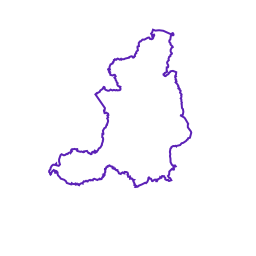 the district of Presidente Figueiredo, Amazonas, Brazil, rotated 236°
{"feature_id": "56859067B39852544497118", "entity_name": "Presidente Figueiredo", "entity_type": "district", "adm_level": 2, "iso_a3": "BRA", "parent_name": "Brazil", "parent_adm1": "Amazonas", "projection": "albers", "projection_center": [-60.113, -1.221], "detail": "fine", "context": "isolated", "style": "outline", "palette": "violet", "viewbox_px": 256, "rotation_deg": 236, "n_neighbors": 0, "source": "geoboundaries", "source_scale": "gbopen_adm2", "svg_char_len": 5891}
<svg xmlns="http://www.w3.org/2000/svg" viewBox="0 0 256 256"><g transform="rotate(236 128 128)"><path d="M195.5,203.7L193.7,201.4L193.3,199.9L192.0,199.9L191.3,200.5L190.9,201.8L190.3,201.7L189.6,200.6L190.9,200.0L190.8,199.5L189.8,199.0L188.5,199.0L188.2,198.3L188.4,197.2L189.7,196.0L191.0,196.2L191.4,195.8L191.8,194.7L192.1,191.1L193.2,189.4L192.7,186.9L193.1,186.2L192.4,184.4L189.7,182.8L190.2,181.5L189.7,181.0L186.8,179.6L186.7,178.0L186.0,176.8L185.4,176.7L185.3,175.5L184.4,174.2L183.7,174.0L183.8,173.2L183.3,172.7L183.3,171.9L183.6,171.5L185.1,171.4L185.6,170.9L186.1,168.7L185.7,168.2L187.1,164.6L187.3,163.1L188.4,161.5L188.4,160.7L189.3,160.8L189.3,159.4L191.3,158.3L191.4,157.3L191.1,156.6L192.2,155.7L191.8,155.3L192.2,154.4L191.6,154.1L191.2,152.7L190.6,152.5L190.6,151.6L190.1,151.3L190.5,149.1L189.1,147.0L188.0,146.1L186.9,145.8L187.9,144.7L187.6,144.2L184.6,144.4L184.8,143.6L182.5,143.5L181.9,143.1L180.1,144.7L179.9,146.2L179.4,146.8L177.7,146.7L177.3,144.9L175.5,145.1L174.8,144.6L173.2,144.6L171.9,144.1L170.9,144.5L169.9,143.3L168.4,143.3L166.5,144.7L166.1,143.9L165.2,144.0L164.1,143.2L164.0,142.3L165.2,140.1L165.9,139.8L166.2,138.7L167.5,137.6L167.8,136.2L169.6,135.0L169.5,133.4L170.1,132.2L172.3,130.7L174.0,130.7L174.4,131.2L175.1,131.3L175.6,130.9L175.4,130.1L174.6,129.1L174.6,126.0L173.8,124.7L174.1,122.7L173.9,122.0L174.4,121.7L174.1,119.8L157.4,120.0L155.9,118.6L156.1,118.0L155.8,117.7L153.4,116.9L153.1,117.3L153.1,118.4L151.0,119.5L149.7,119.0L149.9,117.9L148.0,117.5L148.0,116.9L147.5,116.1L147.1,116.3L144.9,115.4L143.6,113.9L143.4,113.3L142.3,112.4L142.5,111.9L140.9,109.8L141.1,108.4L139.8,105.7L136.8,104.3L136.7,103.6L137.2,103.3L134.8,101.5L133.6,101.7L132.1,100.8L131.8,100.2L131.0,99.7L129.2,97.2L128.6,97.0L127.2,94.0L127.4,92.4L126.3,90.5L126.2,89.3L125.7,88.9L125.8,87.0L126.3,87.1L127.2,88.0L127.8,87.8L127.0,86.0L127.7,85.8L128.0,85.3L128.0,84.7L126.8,83.2L127.0,82.6L127.5,82.3L128.7,82.1L129.0,81.5L129.5,81.2L131.9,81.2L133.2,78.4L132.7,78.1L132.9,77.4L134.7,76.1L134.9,75.2L137.3,73.1L138.0,73.2L138.2,73.8L138.9,74.1L139.8,72.5L140.5,72.1L141.2,70.3L141.7,69.9L141.7,69.0L141.3,68.3L140.1,68.5L139.5,66.7L140.1,66.9L140.6,64.5L140.2,63.7L140.4,62.8L140.9,62.5L140.8,60.8L141.2,59.6L143.4,58.2L143.2,56.9L140.6,53.4L138.7,52.1L135.8,51.2L135.4,49.4L137.3,47.7L138.6,48.5L138.3,46.7L139.4,45.5L139.3,43.7L138.2,41.5L137.3,40.8L136.6,38.8L135.6,38.0L134.4,38.3L133.4,37.7L132.7,37.7L132.8,38.4L133.7,39.3L134.6,41.5L134.3,42.1L134.7,42.9L134.2,43.2L133.1,43.2L131.6,42.6L131.3,43.1L133.0,44.0L132.3,44.6L130.6,44.8L129.2,43.9L127.9,43.5L125.0,44.0L123.7,43.9L120.8,46.1L118.6,46.8L116.7,46.5L113.2,49.2L112.9,49.6L113.7,50.5L112.4,51.1L111.1,52.6L111.3,53.1L110.3,53.1L110.4,54.4L109.7,54.3L109.3,55.4L108.6,55.7L108.2,55.3L107.9,55.5L108.4,56.5L108.3,58.3L108.0,59.0L107.3,59.4L107.9,59.9L108.5,61.5L107.8,62.1L107.7,63.7L106.4,64.3L106.2,64.7L106.6,65.4L106.2,67.5L105.4,67.8L105.3,68.4L104.3,69.6L104.9,70.4L104.8,71.6L102.0,73.5L102.0,74.6L101.5,75.5L101.8,76.0L101.0,76.4L100.5,77.4L101.0,77.8L101.3,79.9L102.0,80.0L102.5,81.2L101.8,81.5L102.1,82.4L102.5,82.6L103.2,82.2L103.1,82.7L104.3,84.7L104.9,84.8L106.0,85.9L106.5,85.7L107.0,86.1L106.7,87.0L107.6,88.1L107.2,89.4L107.8,89.8L107.3,91.8L106.5,91.8L104.7,93.4L104.0,93.0L103.5,93.7L102.9,92.9L102.1,93.5L101.9,94.5L101.5,94.5L101.2,94.1L99.7,94.6L99.6,95.1L99.0,95.7L98.4,95.3L96.9,95.5L95.5,95.1L93.9,96.3L94.3,97.1L94.2,98.6L93.2,98.9L92.4,99.6L93.3,100.1L93.5,100.6L92.3,102.1L91.2,102.7L89.6,102.2L89.6,101.5L87.4,100.9L86.8,102.5L85.1,101.5L85.1,102.3L84.2,102.2L83.8,103.0L82.8,103.0L81.6,104.0L81.5,102.9L80.4,102.5L79.5,102.7L78.3,102.0L76.8,102.5L77.4,102.1L77.1,101.5L76.4,102.0L75.9,101.7L75.4,102.4L74.6,101.9L73.9,103.2L74.2,104.6L73.5,107.7L73.0,111.7L72.2,112.1L72.5,113.8L73.8,115.8L75.2,117.0L75.3,117.7L73.8,117.8L73.4,118.5L72.8,118.7L70.6,118.3L70.2,118.7L70.3,121.1L69.5,122.5L69.0,122.5L68.1,121.7L67.7,122.2L68.8,124.3L68.4,126.1L69.3,127.2L68.1,127.7L68.1,128.1L69.1,129.1L69.0,129.6L67.8,131.0L67.0,130.7L65.7,131.0L64.6,130.2L63.2,130.9L62.6,132.2L61.5,132.1L61.1,132.4L60.5,134.7L62.8,134.9L64.0,134.2L65.9,134.3L66.3,136.0L68.8,137.9L69.5,141.4L68.2,142.2L67.9,142.8L68.3,143.3L69.6,143.3L70.1,143.7L69.5,146.1L70.6,146.1L71.7,144.2L73.0,143.8L75.9,144.2L78.9,146.1L81.3,147.1L82.7,148.5L84.7,149.3L87.2,151.7L87.3,152.6L87.9,153.3L87.8,155.4L86.9,156.5L86.7,157.4L85.9,157.7L86.1,157.9L84.7,161.7L85.4,163.9L84.8,165.5L84.8,169.0L85.3,170.4L85.1,171.1L85.9,172.1L85.3,173.9L88.7,177.8L90.0,178.2L95.1,178.0L97.1,179.3L97.7,180.2L103.9,180.6L105.2,180.5L109.4,178.4L108.5,179.7L108.3,180.8L110.4,182.9L112.9,184.1L113.9,183.9L114.9,184.2L117.6,185.8L118.1,185.8L118.9,186.9L120.0,187.0L122.0,188.3L123.0,188.2L123.6,189.3L124.6,190.2L125.2,190.2L125.9,191.2L127.8,190.9L128.5,191.1L128.7,191.8L129.6,192.5L131.1,192.1L131.6,192.6L132.2,192.2L132.2,192.5L132.7,192.4L133.3,192.9L134.3,192.7L134.8,193.3L136.8,193.4L139.1,193.0L139.1,193.8L139.5,194.3L140.1,194.0L141.0,194.8L141.6,194.5L142.5,195.3L143.8,195.5L144.6,196.2L144.3,196.7L145.0,196.8L145.5,197.7L147.3,199.2L150.2,197.2L151.0,195.6L151.2,194.8L150.8,194.2L150.8,192.8L150.3,192.3L150.1,191.0L150.3,190.4L150.0,188.2L150.5,187.6L152.3,187.2L152.8,187.6L152.6,188.8L153.1,189.3L152.7,191.9L153.3,192.2L154.1,192.2L156.6,194.0L156.0,195.1L156.3,195.6L157.7,196.5L158.9,196.5L160.3,196.9L161.0,197.9L161.4,199.8L162.6,200.2L164.0,201.9L163.8,203.2L164.8,204.0L165.0,205.8L165.4,206.2L166.3,205.9L167.7,206.2L169.0,207.1L170.1,209.1L170.0,210.3L170.6,210.5L173.4,209.9L174.4,210.6L176.3,210.4L177.5,211.3L177.7,212.5L180.4,215.0L180.7,216.3L179.7,217.1L179.7,217.7L180.2,218.1L181.4,218.3L181.8,217.9L181.6,217.2L181.8,216.0L188.9,211.6L191.7,208.4L193.4,205.2L195.5,203.7ZM74.6,101.9L75.0,101.5L74.9,101.2L74.7,101.4L74.6,101.9Z" fill="none" stroke="#5b21b6" stroke-width="2"/></g></svg>